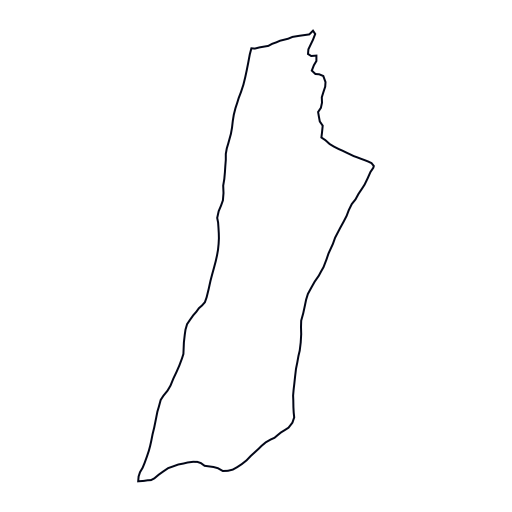 outline of VI-5 Left Bank Upper Canj, East Berbice-Corentyne, Guyana
{"feature_id": "73187651B6333666971836", "entity_name": "VI-5 Left Bank Upper Canj", "entity_type": "district", "adm_level": 2, "iso_a3": "GUY", "parent_name": "Guyana", "parent_adm1": "East Berbice-Corentyne", "projection": "equal_earth", "projection_center": [-57.57, 5.44], "detail": "fine", "context": "isolated", "style": "outline", "palette": "ink", "viewbox_px": 512, "rotation_deg": 0, "n_neighbors": 0, "source": "geoboundaries", "source_scale": "gbopen_adm2", "svg_char_len": 2537}
<svg xmlns="http://www.w3.org/2000/svg" viewBox="0 0 512 512"><path d="M373.8,166.0L371.5,163.1L368.1,161.5L364.8,160.2L361.0,158.8L357.1,157.3L353.7,156.1L350.2,154.4L346.6,152.7L342.5,150.7L338.6,149.0L333.9,146.6L329.6,144.0L325.4,140.2L321.4,137.5L322.0,132.6L322.7,125.7L319.8,121.5L318.9,116.7L318.1,112.0L320.9,107.8L322.0,102.7L321.8,97.3L323.5,91.8L325.2,86.7L325.5,82.1L323.3,76.0L319.2,74.3L315.4,74.0L311.8,70.6L313.9,65.2L316.4,61.0L316.4,55.6L311.2,56.0L308.0,54.0L308.4,49.3L310.6,44.7L313.0,39.7L315.2,34.0L313.0,30.7L309.3,34.4L299.3,35.8L292.5,36.9L288.2,38.7L283.8,39.8L280.1,40.7L276.2,42.4L272.2,43.8L268.3,45.9L264.1,46.6L259.5,47.4L254.8,48.6L251.4,48.3L249.8,54.3L248.1,63.4L246.6,70.9L245.2,77.4L243.4,84.7L241.0,92.0L238.7,98.0L237.2,102.9L235.5,108.0L233.8,114.7L232.8,120.9L232.0,127.8L230.9,133.9L229.6,138.6L228.2,143.7L226.8,148.3L225.8,153.9L225.8,159.9L225.3,166.2L224.9,172.4L224.3,179.0L223.2,185.6L223.5,193.1L222.9,200.4L221.0,205.7L218.7,211.1L217.2,217.9L218.1,222.5L218.5,228.2L218.8,233.6L218.9,238.4L218.6,244.0L218.0,249.9L217.0,255.5L215.7,261.3L213.9,268.1L212.1,274.6L210.5,280.7L208.7,288.9L206.6,297.4L204.9,302.2L202.1,305.4L198.9,308.2L196.3,311.8L193.3,315.2L190.1,319.7L187.1,324.1L185.5,329.6L184.8,334.4L183.9,342.3L183.4,354.0L182.0,358.4L179.3,365.6L176.4,372.2L173.4,378.5L170.5,385.6L167.5,390.7L163.5,395.6L160.7,399.9L158.8,406.9L157.4,411.6L156.0,418.7L154.2,427.6L152.6,434.1L151.2,441.2L150.1,446.1L148.8,450.9L146.9,456.6L144.5,463.2L142.6,467.8L140.0,472.2L138.6,476.5L138.2,481.3L143.8,480.9L147.5,480.3L151.0,480.1L154.3,478.4L158.7,474.7L162.9,471.7L168.2,468.1L172.8,466.5L178.3,464.5L183.6,463.5L187.6,462.5L193.1,461.8L197.4,461.9L200.9,463.1L204.6,465.8L209.1,466.4L213.5,467.0L217.9,468.2L222.8,471.0L227.9,470.8L232.8,469.6L237.1,467.2L241.8,464.1L246.5,460.4L250.8,455.9L258.7,448.7L261.6,445.8L265.8,442.3L270.7,439.5L274.5,437.8L277.8,435.0L281.0,432.4L284.6,430.2L288.5,427.7L292.4,422.7L294.2,417.4L293.7,412.6L293.4,407.0L293.3,400.5L293.1,395.6L293.6,389.8L294.3,383.8L295.1,376.4L296.0,368.8L297.3,362.4L298.5,355.7L299.7,350.7L300.7,342.6L301.2,334.2L301.0,327.0L301.2,320.6L303.2,313.4L304.8,306.0L306.1,299.7L307.9,293.9L311.5,287.3L314.7,281.6L318.8,275.7L321.1,271.4L323.5,267.2L326.5,259.4L328.5,253.5L332.9,243.9L335.1,237.7L337.7,232.7L340.2,227.9L343.6,221.7L346.6,215.9L348.8,210.1L351.8,204.0L355.5,199.4L358.6,193.7L362.1,188.5L364.6,184.6L367.7,178.2L370.5,171.9L373.3,167.8L373.8,166.0Z" fill="none" stroke="#020617" stroke-width="2"/></svg>